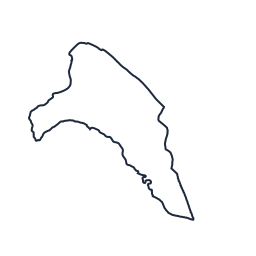 outline of Cidade De Pemba, Cabo Delgado, Mozambique, rotated 293°
{"feature_id": "85939544B58572468312701", "entity_name": "Cidade De Pemba", "entity_type": "district", "adm_level": 2, "iso_a3": "MOZ", "parent_name": "Mozambique", "parent_adm1": "Cabo Delgado", "projection": "natural_earth1", "projection_center": [40.514, -13.03], "detail": "fine", "context": "isolated", "style": "outline", "palette": "slate", "viewbox_px": 256, "rotation_deg": 293, "n_neighbors": 0, "source": "geoboundaries", "source_scale": "gbopen_adm2", "svg_char_len": 5656}
<svg xmlns="http://www.w3.org/2000/svg" viewBox="0 0 256 256"><g transform="rotate(293 128 128)"><path d="M69.0,223.8L69.9,223.8L70.5,223.4L71.1,222.5L71.9,221.8L73.0,220.8L73.6,220.4L74.6,219.4L74.9,218.6L75.9,218.2L76.6,217.3L77.3,216.8L78.1,215.9L78.9,215.4L79.5,214.7L80.3,214.2L81.0,213.4L82.8,211.8L83.5,211.4L84.2,210.5L86.1,208.8L86.8,208.4L87.4,207.6L89.9,205.2L90.5,204.7L90.9,203.8L91.7,203.4L92.0,202.8L92.8,202.1L93.4,201.2L94.1,200.8L94.5,200.0L95.3,199.6L95.6,198.8L96.3,198.5L96.9,197.9L97.4,197.3L98.9,196.1L99.1,195.3L99.8,195.0L100.6,194.4L101.1,193.6L102.2,193.2L103.7,191.9L105.0,191.2L105.2,190.5L105.3,190.2L105.5,190.0L107.7,183.8L111.8,183.0L112.3,182.7L113.7,182.3L113.9,182.1L116.2,181.6L118.4,180.1L120.3,178.5L122.0,176.7L122.8,174.2L123.1,171.1L124.1,170.4L124.4,170.3L127.6,168.3L128.3,168.1L129.2,167.8L129.8,167.8L131.0,167.5L132.4,167.2L133.0,167.2L133.7,167.0L134.5,167.0L135.4,166.9L136.3,166.9L137.4,166.6L138.3,166.6L138.9,166.3L139.4,165.9L140.1,165.9L140.9,165.7L141.7,165.1L142.5,164.4L143.4,163.8L143.8,162.9L145.1,159.1L145.3,158.1L145.6,157.4L145.8,156.4L146.4,154.6L146.6,153.7L147.4,152.8L148.0,152.5L149.3,152.1L150.1,151.9L150.7,151.7L151.5,151.7L153.7,152.1L155.1,152.6L155.7,152.5L156.6,152.6L158.0,152.6L158.9,152.7L159.5,152.7L160.2,153.0L161.5,152.9L162.1,151.2L165.5,142.7L171.5,131.7L175.0,124.3L177.2,118.5L177.4,117.3L177.4,117.1L177.7,116.1L178.0,115.1L178.2,114.0L178.4,112.2L179.7,107.9L181.3,103.8L182.0,100.2L182.1,99.9L182.2,99.2L183.3,96.1L184.6,93.2L184.6,92.9L184.7,92.6L185.7,90.3L187.3,86.4L188.6,82.1L189.5,79.1L190.2,76.4L190.3,75.1L190.4,74.1L190.2,73.7L189.7,73.6L189.3,73.2L189.3,72.4L189.4,72.2L189.4,71.0L190.1,69.1L190.4,66.7L190.6,62.7L190.6,61.1L190.6,59.0L190.6,58.3L190.4,57.8L189.5,57.1L189.3,56.5L189.3,55.9L189.2,54.9L188.9,54.1L188.7,53.3L188.3,52.1L187.8,50.9L187.0,50.0L186.0,49.2L184.5,48.5L183.3,48.0L181.7,47.3L178.2,45.9L175.2,44.9L174.0,44.8L172.9,45.1L172.5,45.8L172.5,46.8L172.2,47.8L171.3,48.6L170.6,49.1L169.7,49.7L168.5,49.6L168.6,49.9L167.1,50.1L164.9,50.6L163.9,50.6L161.9,51.0L160.6,51.2L159.7,51.2L158.9,51.2L157.6,51.4L156.7,51.6L155.6,52.3L152.9,54.1L150.8,56.0L149.8,56.6L148.8,57.0L147.8,57.3L145.9,58.0L143.8,58.0L141.2,57.2L140.1,56.5L138.6,55.4L136.9,54.0L134.6,51.6L133.5,50.3L132.5,49.0L131.8,47.6L130.9,46.4L130.1,45.7L129.2,45.7L128.5,46.0L128.0,46.5L127.3,46.8L126.6,46.8L125.7,46.2L124.7,45.6L123.6,44.9L123.1,44.5L122.2,44.1L121.5,44.0L120.5,44.1L119.5,43.7L118.7,43.3L118.0,42.9L117.2,42.4L116.3,41.7L115.8,41.1L114.9,39.2L114.3,38.2L113.5,37.3L112.8,36.6L111.9,36.4L111.2,36.3L109.3,34.9L108.3,34.4L107.9,34.2L106.7,33.1L105.8,32.6L105.0,32.2L103.9,32.3L101.1,32.8L98.7,32.9L98.0,33.3L97.5,34.1L97.1,34.7L96.7,35.6L95.7,36.4L95.2,36.8L94.8,37.2L94.4,37.9L93.8,38.7L93.1,39.2L92.1,39.5L89.9,39.7L89.2,40.0L88.4,40.1L87.6,41.0L87.5,41.6L87.2,42.6L86.7,43.1L86.1,43.2L85.6,43.4L85.3,43.8L84.7,44.0L84.1,44.2L83.8,44.2L83.7,44.3L82.9,44.9L82.5,45.8L82.3,46.0L82.1,46.5L81.2,47.4L80.6,47.8L80.4,48.3L80.5,48.8L80.7,49.1L81.2,49.3L81.4,49.5L81.6,49.7L81.9,50.1L81.9,50.6L81.9,51.0L82.2,51.4L82.9,51.7L83.5,51.8L84.6,51.8L85.2,52.0L85.5,52.0L86.2,52.3L86.5,52.3L87.3,52.4L89.0,52.4L90.0,52.5L90.7,52.8L91.2,53.0L92.0,53.5L93.3,54.7L93.9,55.2L94.4,55.7L95.0,56.4L95.7,56.9L96.6,57.2L97.6,57.7L98.5,58.0L99.0,58.3L99.6,58.9L100.0,59.2L100.2,59.5L100.9,60.0L101.5,60.3L103.7,61.6L104.5,62.0L105.3,62.4L106.5,62.9L107.1,63.2L107.7,63.7L108.1,64.3L108.4,64.9L108.4,65.4L108.7,65.7L108.9,65.8L109.4,66.4L109.7,66.9L110.0,67.1L110.1,67.4L110.5,67.9L110.7,68.5L111.0,69.2L111.5,69.9L111.9,70.2L112.2,71.0L112.8,72.2L112.8,72.9L113.1,73.7L113.5,74.4L113.5,75.2L113.3,76.0L113.4,76.6L113.5,77.4L113.9,78.2L114.2,79.2L114.3,79.8L114.3,81.0L114.4,82.2L114.9,84.0L115.0,85.7L114.9,86.7L114.7,88.0L114.7,88.7L114.5,89.0L114.0,89.2L113.5,89.7L113.3,90.8L113.2,91.2L112.9,91.6L112.7,92.0L112.6,92.5L112.6,93.0L112.3,93.3L112.1,93.5L113.8,94.2L114.2,94.9L114.5,96.0L114.6,97.6L114.5,101.5L114.1,102.6L113.3,103.3L113.1,103.7L112.9,105.5L112.9,106.9L112.8,108.1L112.6,109.1L112.0,110.1L111.7,111.4L111.8,112.6L112.0,113.3L112.4,113.9L112.6,115.2L112.1,116.4L111.7,117.0L110.9,118.1L110.5,118.6L109.9,119.5L109.7,120.5L109.9,121.7L110.1,122.6L110.3,123.9L110.2,125.5L108.7,127.9L108.0,128.9L107.4,129.9L107.0,130.7L106.2,131.6L104.5,132.4L102.8,132.7L101.6,133.2L100.2,134.4L99.6,135.5L98.5,137.2L97.9,138.2L97.1,138.8L95.2,140.1L94.3,140.8L94.0,142.3L94.2,143.3L94.4,144.5L94.2,145.8L94.1,147.5L94.1,148.4L93.4,149.7L92.9,150.0L92.7,150.7L92.4,151.5L92.2,151.7L91.9,152.3L92.0,152.9L92.2,153.7L92.0,154.4L90.8,155.0L90.2,154.8L90.1,156.8L90.2,158.3L90.4,159.9L91.0,162.1L90.9,162.8L90.5,163.2L90.0,163.2L89.4,162.7L89.0,161.5L87.9,160.9L86.9,161.3L86.0,162.1L84.7,162.7L84.2,163.0L83.8,163.9L83.8,164.4L84.1,165.1L84.6,165.3L85.5,165.1L86.4,164.8L87.1,165.5L87.6,166.6L88.3,167.6L88.3,168.7L87.9,169.8L86.9,170.5L85.8,170.4L84.6,168.6L83.4,168.5L82.9,169.1L82.3,169.6L80.7,170.7L80.3,171.4L80.1,172.0L80.0,172.6L80.3,173.3L80.4,173.9L80.0,174.4L79.1,174.5L78.6,175.0L77.9,175.4L76.9,175.7L76.4,176.2L75.9,177.1L74.9,177.4L74.8,179.7L74.8,180.6L74.7,181.9L74.4,183.6L74.4,184.4L74.2,185.2L73.9,185.9L73.4,187.2L73.2,188.2L72.6,188.9L72.0,189.6L69.2,192.3L68.6,193.0L68.1,194.0L67.3,195.0L66.9,196.1L65.7,198.4L65.7,199.1L65.5,200.7L65.5,201.4L65.4,202.1L65.4,202.9L65.5,203.8L65.8,204.6L65.8,205.5L66.0,206.4L66.3,207.2L66.3,207.9L66.6,208.6L66.8,210.3L66.8,211.0L67.1,211.7L67.4,212.4L67.4,213.1L67.6,213.9L67.9,214.7L67.9,215.5L68.4,217.1L68.4,217.9L68.5,218.6L68.5,221.1L68.7,222.0L68.8,222.9L69.0,223.8Z" fill="none" stroke="#1e293b" stroke-width="2"/></g></svg>